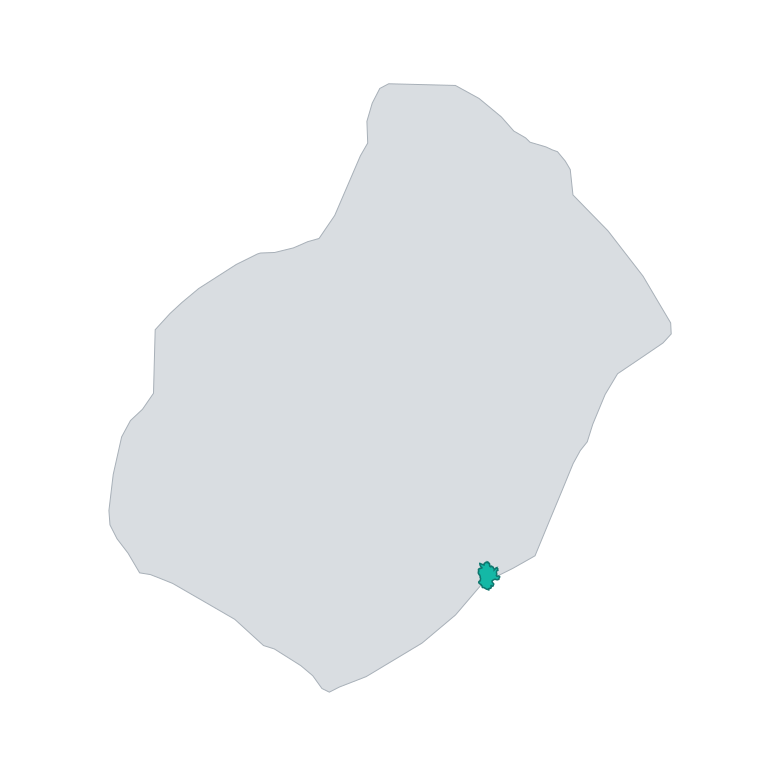 Maputsoe, Leribe, Lesotho (highlighted), rotated 171°
{"feature_id": "5366337B94933282431909", "entity_name": "Maputsoe", "entity_type": "district", "adm_level": 2, "iso_a3": "LSO", "parent_name": "Lesotho", "parent_adm1": "Leribe", "projection": "orthographic", "projection_center": [27.931, -28.897], "detail": "fine", "context": "in_parent", "style": "filled", "palette": "teal", "viewbox_px": 768, "rotation_deg": 171, "n_neighbors": 0, "source": "geoboundaries", "source_scale": "gbopen_adm2", "svg_char_len": 5231}
<svg xmlns="http://www.w3.org/2000/svg" viewBox="0 0 768 768"><g transform="rotate(171 384 384)"><path d="M511.2,525.2L488.8,532.2L485.6,532.7L471.3,531.0L452.2,532.6L437.1,536.5L425.4,537.9L406.3,558.2L371.6,613.1L362.4,624.5L359.8,646.1L351.7,663.2L341.9,676.6L332.4,679.8L303.6,674.5L266.8,667.7L245.4,651.1L226.3,629.4L216.2,613.5L205.6,604.9L202.0,600.0L186.9,592.8L181.3,589.0L176.3,586.3L170.1,575.8L166.5,566.7L167.8,541.2L157.1,526.0L138.8,500.2L127.2,479.0L111.3,450.0L101.5,425.2L91.3,399.5L92.5,388.5L102.0,380.9L130.0,367.7L151.7,357.6L167.2,339.1L184.1,311.6L192.3,295.1L200.5,287.6L209.6,275.9L225.3,250.1L242.9,221.5L261.7,190.7L285.5,181.8L318.1,171.5L349.5,144.7L386.9,122.2L447.3,97.8L475.4,91.7L486.2,88.2L492.9,92.9L500.0,107.0L510.2,118.8L533.8,139.5L543.9,144.5L568.2,174.9L594.2,196.0L624.1,220.2L644.5,232.3L654.9,235.7L663.3,257.0L671.9,272.9L676.7,287.7L675.5,302.0L665.6,337.0L651.4,372.8L640.1,387.6L626.5,396.8L613.1,410.9L607.8,439.6L601.5,473.4L584.2,487.2L570.7,496.2L552.1,507.3L511.2,525.2Z" fill="#d9dde1" stroke="#a8b0b8" stroke-width="1"/><path d="M319.7,186.1L319.7,185.9L319.8,185.5L319.8,185.3L319.8,185.2L319.7,184.7L319.8,184.7L319.8,184.4L319.9,184.2L320.0,184.1L320.3,183.5L320.3,182.8L320.4,182.6L320.4,182.4L320.4,182.2L320.2,181.8L320.1,181.7L320.0,181.2L319.9,180.8L319.8,180.7L319.5,180.6L319.4,180.5L319.4,180.2L319.3,179.9L319.3,179.5L319.3,179.4L319.2,179.3L319.1,179.2L319.1,178.9L319.1,178.7L319.1,178.3L319.1,178.2L319.3,178.0L319.3,177.8L319.3,177.7L319.2,177.6L319.1,177.2L319.0,176.7L319.2,176.2L319.4,175.8L319.4,175.7L319.4,175.4L319.5,175.3L319.6,175.1L319.6,174.8L319.7,174.7L320.0,174.4L320.2,174.2L320.3,174.2L320.3,174.3L320.4,174.5L320.5,174.5L320.8,174.2L321.0,173.9L321.3,173.8L321.4,173.7L321.4,173.2L321.5,172.9L321.3,172.6L321.2,172.4L321.1,172.2L320.9,172.1L320.7,171.9L320.6,171.7L320.4,171.4L320.2,171.2L319.9,170.9L319.5,170.8L319.4,170.7L319.4,170.4L319.3,170.0L319.2,169.8L319.1,169.6L318.8,169.4L318.7,169.2L318.7,168.9L318.8,168.4L318.8,168.1L318.7,167.8L318.6,167.6L318.4,167.5L318.1,167.5L317.9,167.5L317.6,167.3L317.0,167.2L316.8,167.1L316.6,166.9L316.4,166.6L316.2,166.4L315.7,166.2L315.2,165.5L314.6,165.2L314.4,165.2L314.1,165.0L313.3,164.6L313.2,164.5L313.0,164.3L312.9,164.3L312.6,164.2L312.5,164.3L312.5,164.6L312.6,164.9L312.7,165.1L312.7,165.4L312.3,165.5L311.9,165.6L311.5,165.7L311.4,165.7L311.0,165.6L310.9,165.5L310.5,165.5L310.4,165.7L310.4,166.0L310.2,166.3L309.8,166.5L309.7,166.7L309.7,166.9L309.7,167.1L309.8,167.4L309.9,167.5L310.0,167.7L310.0,168.0L309.9,168.2L309.7,168.2L309.4,168.2L309.2,167.7L308.6,167.4L308.3,167.3L308.1,167.3L307.8,167.5L307.7,167.7L307.0,169.1L306.9,169.2L306.9,169.4L307.0,169.6L307.5,170.4L308.0,171.0L308.1,171.5L308.2,172.0L308.2,172.3L308.1,172.5L307.8,172.8L307.6,172.8L307.4,173.0L306.8,173.3L306.3,173.5L306.0,173.6L305.9,173.7L305.1,173.8L304.8,173.8L304.6,173.8L304.4,173.6L304.2,173.4L303.7,173.3L303.6,173.2L303.4,173.1L303.0,172.9L302.8,172.9L302.5,172.9L302.4,173.0L302.2,173.1L301.6,173.0L301.3,173.1L301.2,173.1L301.2,173.5L301.1,173.8L301.0,174.0L300.8,174.1L300.5,174.4L300.5,174.5L300.3,174.7L300.0,175.1L299.9,175.5L299.9,175.8L300.0,175.9L300.1,176.0L300.4,176.2L300.6,176.3L301.1,176.5L301.3,176.5L301.6,176.5L302.1,176.3L302.4,176.3L302.5,176.4L302.6,176.5L302.8,176.8L303.0,177.1L303.0,177.3L302.9,177.6L302.7,177.8L302.6,178.0L302.4,178.4L302.3,178.7L302.4,179.1L302.4,179.4L302.5,179.8L302.4,180.4L302.3,180.7L302.2,181.0L302.1,181.4L302.0,181.6L301.9,181.8L301.5,182.0L301.3,182.1L300.8,182.1L300.7,182.1L300.7,182.4L300.7,182.6L300.7,183.1L300.7,183.3L300.5,183.6L300.7,183.9L300.9,184.0L301.0,184.1L301.1,184.3L301.2,184.2L301.3,184.3L301.5,184.4L301.5,184.5L301.6,184.8L301.4,185.0L301.8,185.0L302.1,184.8L302.3,184.7L303.5,183.6L303.8,183.4L304.1,183.2L304.0,183.5L304.1,183.8L304.0,184.0L304.4,184.7L304.5,184.8L304.7,185.0L304.7,185.3L304.7,185.5L304.7,185.8L304.8,186.0L305.0,186.2L305.4,186.3L305.5,186.3L305.6,186.5L305.8,186.7L305.8,186.8L306.0,186.9L306.0,187.0L306.2,187.3L306.3,187.3L306.3,187.2L306.6,187.2L306.8,187.1L306.9,186.9L307.0,186.8L307.3,186.8L307.3,187.0L307.3,187.3L307.5,187.6L307.8,187.6L307.8,187.4L308.0,187.4L308.0,187.5L308.1,187.9L308.1,188.0L308.2,188.6L308.1,189.1L308.0,189.3L307.9,189.3L307.9,189.5L308.0,189.5L308.3,190.1L308.2,190.2L308.1,190.4L308.2,190.5L308.4,190.7L308.5,190.7L308.5,190.8L308.7,191.1L308.8,191.1L308.8,191.4L308.9,191.6L309.0,191.7L309.3,191.7L309.5,191.6L309.5,191.8L309.7,192.0L309.8,192.1L309.9,191.8L310.0,191.8L310.2,192.1L310.3,192.1L310.5,192.0L310.8,191.8L310.9,191.7L311.2,191.8L311.2,191.7L311.3,191.6L311.5,191.5L311.9,191.5L312.3,191.5L312.6,191.3L312.8,191.2L313.0,191.0L313.1,190.8L313.3,190.5L313.3,190.3L313.4,189.6L313.6,189.6L313.9,189.7L314.1,189.9L314.3,190.1L314.5,190.2L315.0,190.3L315.3,190.5L316.2,191.1L317.4,191.9L317.5,191.8L317.5,191.7L317.5,191.3L317.5,190.9L317.4,190.1L317.4,189.7L317.1,189.0L316.9,188.5L316.7,188.2L316.5,187.8L316.3,187.7L316.2,187.5L316.0,187.1L316.8,186.8L317.3,186.8L317.6,186.9L318.2,186.9L318.3,186.8L318.3,186.6L318.7,186.6L318.8,186.6L319.0,186.5L319.3,186.4L319.5,186.4L319.6,186.2L319.7,186.1Z" fill="#14b8a6" stroke="#0f766e" stroke-width="1.5"/></g></svg>